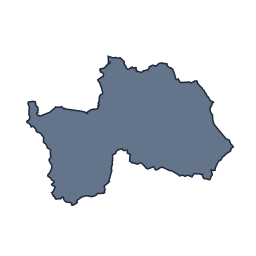 the district of Ahuacatlán, Puebla, Mexico, rotated 252°
{"feature_id": "50627088B38644247455726", "entity_name": "Ahuacatlán", "entity_type": "district", "adm_level": 2, "iso_a3": "MEX", "parent_name": "Mexico", "parent_adm1": "Puebla", "projection": "albers", "projection_center": [-97.866, 20.028], "detail": "fine", "context": "isolated", "style": "filled", "palette": "slate", "viewbox_px": 256, "rotation_deg": 252, "n_neighbors": 0, "source": "geoboundaries", "source_scale": "gbopen_adm2", "svg_char_len": 5810}
<svg xmlns="http://www.w3.org/2000/svg" viewBox="0 0 256 256"><g transform="rotate(252 128 128)"><path d="M183.5,41.6L183.3,41.1L182.4,40.5L179.7,40.5L179.0,40.6L177.4,40.4L176.0,39.5L173.0,38.6L172.3,38.2L171.1,37.9L169.6,38.1L168.2,37.7L167.5,37.5L166.1,35.9L166.0,34.3L165.7,34.0L165.3,33.7L164.7,33.7L164.0,34.0L163.4,35.1L162.3,35.5L161.4,36.1L160.8,36.3L159.2,36.1L158.9,36.3L158.9,36.6L159.0,38.0L158.6,38.6L157.5,38.9L156.3,39.7L155.6,39.9L153.7,39.7L153.2,39.7L152.7,40.0L151.8,40.7L151.2,41.9L150.1,43.1L149.3,43.7L148.5,43.6L147.7,43.8L145.8,44.8L144.9,44.8L144.1,44.6L143.3,44.1L141.8,43.7L140.8,43.2L139.9,43.5L138.9,44.5L137.9,44.9L135.2,45.3L134.0,45.1L133.1,46.1L132.1,46.9L131.2,47.3L130.4,47.4L129.0,46.7L125.4,45.7L124.6,46.0L124.3,45.8L123.3,44.7L122.8,43.5L122.4,43.1L122.0,43.0L120.4,43.0L120.0,43.2L117.8,43.5L116.7,43.9L115.7,43.9L114.9,43.8L113.0,42.7L111.8,41.7L110.6,40.5L109.5,39.7L109.3,39.5L109.2,38.9L108.5,37.7L107.7,37.0L106.7,37.0L106.4,37.1L104.8,38.8L102.9,39.1L102.0,39.5L100.1,41.2L99.4,40.8L98.6,39.6L98.2,38.0L97.7,37.8L97.2,38.0L95.6,39.6L94.6,40.3L94.2,40.3L90.8,37.2L90.3,36.3L90.2,35.7L90.0,35.9L88.6,35.5L87.2,36.1L86.9,36.2L86.5,35.9L85.0,37.1L84.7,37.2L83.8,36.8L82.7,37.4L82.4,38.4L82.1,40.8L81.4,42.2L82.8,44.3L82.6,44.8L82.2,45.0L81.4,45.0L80.8,44.9L79.8,44.9L78.1,45.4L76.7,46.4L76.3,47.1L75.7,48.6L75.0,49.9L74.2,50.7L73.4,51.2L72.8,51.0L72.6,50.8L71.9,50.8L71.7,51.5L71.6,52.6L72.7,56.6L73.5,56.8L74.7,56.8L75.1,57.7L76.1,61.1L76.4,61.8L76.6,62.5L76.5,63.2L76.8,63.9L76.6,64.6L76.5,66.5L75.7,69.5L75.2,69.8L74.0,72.1L73.8,73.0L73.7,74.2L74.1,77.3L74.8,78.0L75.2,79.0L74.6,80.1L73.9,83.3L73.4,84.6L73.8,85.8L75.1,86.1L75.8,86.8L77.1,87.2L79.5,87.2L80.6,88.2L81.8,91.8L82.6,93.3L82.7,93.0L91.1,98.4L91.9,99.1L93.3,99.6L94.4,99.4L95.2,100.2L96.9,100.6L97.1,100.8L97.6,101.7L101.1,102.7L101.9,103.4L106.9,104.9L107.3,105.7L107.6,108.3L109.4,109.8L110.2,111.5L110.0,116.1L108.3,116.4L107.8,117.2L107.1,119.7L107.0,120.4L105.3,120.1L104.4,119.6L102.1,122.0L101.6,121.9L101.2,121.4L96.2,119.3L93.5,121.2L93.2,122.2L91.5,124.8L90.7,125.6L91.0,129.0L90.6,130.0L85.6,132.4L84.7,132.6L83.8,133.2L82.9,134.3L83.3,140.4L79.8,141.2L79.3,142.7L80.5,147.5L79.9,148.8L74.3,154.8L74.4,155.2L74.1,156.0L69.0,160.6L67.5,161.8L66.4,162.3L66.5,163.1L66.4,165.0L65.9,165.5L65.7,166.2L65.3,166.6L64.5,167.1L64.4,167.3L64.7,169.6L64.3,170.8L63.2,171.9L62.3,173.3L61.8,173.5L61.8,174.0L62.6,174.7L63.9,176.4L64.1,177.0L64.1,177.4L63.9,177.9L63.1,178.7L63.0,180.2L62.4,181.6L61.3,182.9L61.2,184.4L60.9,184.6L60.0,184.1L59.0,184.0L56.5,184.5L56.2,184.9L55.3,187.2L54.0,188.7L53.7,189.4L53.9,190.3L56.1,192.0L56.7,192.7L57.3,193.6L58.1,193.9L60.4,193.8L61.6,193.9L62.5,194.4L61.3,195.4L60.9,197.7L63.0,198.6L68.0,203.3L68.7,204.6L68.7,206.1L70.7,208.5L71.2,208.9L71.5,210.2L73.0,213.2L73.5,214.4L73.8,216.4L74.1,216.9L74.5,218.6L75.2,218.8L76.3,219.6L76.9,220.3L77.4,222.3L79.7,221.6L80.6,220.9L85.3,220.5L87.4,217.9L102.4,211.9L104.6,211.2L106.8,210.9L109.4,211.1L113.9,212.2L114.4,212.5L115.3,211.9L117.0,211.7L118.2,211.4L119.4,211.6L120.1,211.9L121.8,212.0L121.9,212.6L122.1,213.0L122.6,213.2L122.9,213.2L123.4,214.6L123.7,214.8L124.3,215.1L125.3,215.2L126.0,217.2L126.8,216.8L128.7,214.6L129.0,214.5L131.7,214.2L133.0,213.7L133.2,213.2L134.4,213.1L137.3,212.6L138.5,212.0L140.1,212.0L141.7,211.0L143.0,210.8L143.6,210.6L144.5,209.9L145.9,209.4L147.4,208.6L148.3,208.4L148.7,208.0L149.8,208.0L151.2,208.2L151.7,207.4L151.9,206.4L152.1,206.2L151.9,205.0L151.6,204.4L151.4,202.1L151.9,201.1L152.7,200.7L153.2,199.5L153.2,197.5L153.9,196.9L154.0,195.8L154.9,192.4L155.4,191.7L156.4,191.6L157.4,191.0L159.1,191.0L159.1,189.1L160.1,188.6L164.9,188.9L169.6,188.7L170.5,188.5L170.7,188.0L171.7,187.7L172.9,185.8L173.5,185.3L174.6,184.8L176.0,184.7L176.8,185.0L177.2,184.6L177.2,183.7L177.5,183.4L177.8,183.3L177.8,182.7L178.4,182.0L178.8,181.2L179.1,181.0L179.6,179.5L179.8,177.5L179.4,176.4L178.2,174.0L178.3,173.7L178.8,173.2L178.8,172.7L179.1,172.5L180.0,171.2L180.1,170.3L179.7,169.0L179.9,167.6L179.3,166.9L178.8,166.9L178.4,166.2L177.7,165.6L177.2,164.8L177.5,163.1L177.3,161.7L177.7,160.5L176.9,158.9L176.9,157.7L177.6,156.5L178.9,154.7L179.1,153.3L180.9,154.2L181.7,153.8L182.9,154.3L183.2,153.5L183.2,152.2L183.3,151.8L183.9,151.1L184.6,150.9L184.2,150.3L184.5,150.1L184.6,149.7L183.7,147.2L183.9,146.3L184.4,145.6L185.5,145.0L185.9,145.1L187.9,144.8L190.5,144.0L191.2,144.6L192.4,144.8L197.2,142.3L197.5,139.9L199.0,137.9L199.1,136.3L199.3,135.5L202.3,131.3L197.7,130.0L196.0,130.3L196.2,131.3L194.9,130.5L196.0,129.4L195.1,128.9L194.9,128.4L194.4,127.9L194.5,127.8L194.0,127.4L194.1,126.9L193.7,126.3L193.5,126.5L193.4,126.0L192.3,123.3L192.7,120.9L192.6,119.3L191.9,119.2L191.5,119.4L190.9,119.2L190.3,119.8L189.7,119.3L188.6,120.7L186.6,121.5L185.3,120.5L184.1,120.2L184.6,120.1L184.3,119.6L184.5,119.3L184.6,118.2L184.3,118.0L184.3,117.5L183.7,116.5L183.5,114.6L183.2,114.1L181.7,114.2L180.7,114.8L179.0,115.1L176.3,115.0L175.4,115.2L174.6,115.2L169.5,114.9L169.0,114.7L168.3,113.8L168.1,112.1L167.9,111.7L166.9,110.7L166.0,110.5L165.2,109.7L163.0,109.3L162.1,108.3L161.4,108.3L161.1,107.6L160.6,107.2L160.3,107.1L159.7,107.5L159.3,107.4L159.1,107.6L158.9,107.5L158.6,107.6L158.4,107.0L158.6,106.7L158.5,106.3L156.2,106.0L155.9,103.4L156.2,101.9L156.2,101.3L156.5,101.3L156.7,100.4L156.6,99.7L156.9,98.0L156.0,96.7L156.2,95.6L155.7,94.6L154.5,93.9L155.9,92.7L158.1,89.3L165.8,73.7L166.4,73.5L166.3,72.7L168.2,71.8L168.8,71.6L168.7,70.6L169.5,67.4L170.4,65.7L169.9,65.2L167.1,58.4L166.5,47.9L167.2,47.6L167.6,46.5L169.6,45.5L170.4,45.8L170.4,46.9L170.5,47.1L171.0,47.3L172.1,47.4L172.9,48.2L173.7,48.0L174.1,48.1L175.3,48.7L176.6,47.9L178.4,47.4L181.5,48.0L182.3,46.7L183.0,44.8L183.1,42.6L183.5,42.2L183.5,41.6Z" fill="#64748b" stroke="#1e293b" stroke-width="1.5"/></g></svg>